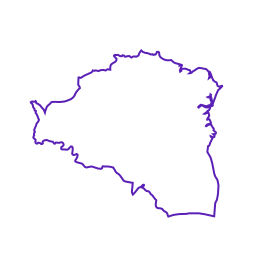 Mitsinjo, Boeny, Madagascar (Albers equal-area conic projection), rotated 100°
{"feature_id": "10022922B34339999190032", "entity_name": "Mitsinjo", "entity_type": "district", "adm_level": 2, "iso_a3": "MDG", "parent_name": "Madagascar", "parent_adm1": "Boeny", "projection": "albers", "projection_center": [45.923, -16.15], "detail": "fine", "context": "isolated", "style": "outline", "palette": "violet", "viewbox_px": 256, "rotation_deg": 100, "n_neighbors": 0, "source": "geoboundaries", "source_scale": "gbopen_adm2", "svg_char_len": 5685}
<svg xmlns="http://www.w3.org/2000/svg" viewBox="0 0 256 256"><g transform="rotate(100 128 128)"><path d="M119.4,228.2L120.0,228.0L120.5,226.9L121.8,225.8L123.8,225.1L124.3,224.7L125.1,223.6L126.9,223.0L127.1,222.7L127.2,221.7L128.9,221.6L129.4,221.5L130.2,220.3L131.1,219.9L131.9,219.2L134.0,218.1L135.1,217.2L136.0,217.2L137.5,217.6L139.2,218.7L141.4,219.0L146.4,220.1L148.0,219.0L148.7,219.2L149.3,219.6L151.3,219.4L151.7,219.1L152.7,219.5L153.4,219.6L154.1,219.4L154.4,219.0L155.7,216.9L156.9,216.8L157.5,216.9L158.7,216.4L159.0,216.1L159.2,215.2L159.0,214.5L158.1,214.0L158.0,213.4L158.1,212.1L158.8,210.8L158.8,210.3L158.6,209.9L158.4,209.5L157.8,209.2L156.8,209.7L156.0,209.5L155.1,208.8L154.2,207.0L154.0,206.2L153.9,205.8L154.3,204.4L154.6,202.3L154.6,199.6L156.1,198.1L156.2,197.5L155.9,197.0L155.2,196.8L154.8,196.4L154.6,193.3L153.7,191.5L153.6,190.5L153.7,190.1L154.1,189.4L155.2,188.6L156.1,188.5L156.8,188.8L158.2,190.1L158.7,190.4L160.2,190.1L160.6,189.1L160.1,186.9L160.1,185.6L159.9,184.0L159.1,183.0L157.1,181.8L156.2,181.1L156.0,180.8L156.0,180.1L156.6,179.3L158.0,178.8L161.6,178.5L162.6,178.6L163.2,178.4L163.5,178.1L163.9,177.6L164.0,176.6L163.5,175.5L162.5,174.0L162.8,173.4L163.1,173.0L163.6,172.9L165.7,173.0L167.8,173.7L168.6,174.1L169.3,174.3L169.9,174.2L170.2,173.8L170.6,172.5L171.1,167.0L171.4,166.5L173.5,164.1L174.0,162.9L174.1,162.1L172.8,158.8L172.2,157.0L173.1,150.3L172.9,148.4L173.0,147.8L172.2,146.6L170.8,146.5L170.1,146.2L170.0,144.2L169.6,142.6L169.3,139.8L169.3,137.8L169.5,135.6L170.3,135.1L170.8,134.5L172.0,133.4L172.6,133.1L173.7,131.9L174.5,130.8L174.6,130.2L175.2,128.9L176.7,127.0L180.6,123.2L181.0,122.4L181.2,119.3L181.2,113.8L190.0,113.1L191.7,112.4L192.7,111.6L189.9,109.8L185.4,107.4L184.4,106.2L183.9,105.3L183.3,104.7L181.5,103.5L181.2,103.0L181.2,102.5L181.4,102.3L182.0,102.4L183.5,103.5L184.2,103.7L184.4,103.6L184.5,102.6L184.6,102.2L186.1,100.2L186.8,98.9L186.8,96.8L187.2,96.0L187.7,95.3L189.1,94.2L190.1,92.3L191.5,90.9L193.3,88.9L194.2,87.6L197.8,87.5L199.8,87.1L200.8,86.5L201.4,85.7L201.7,84.5L201.5,82.3L201.6,81.3L201.8,80.2L202.7,79.3L203.7,77.7L203.9,76.8L204.8,75.0L205.7,74.3L206.9,73.8L208.2,72.9L206.4,69.5L205.3,67.0L203.9,62.7L202.4,55.4L201.6,53.6L200.9,50.3L200.4,47.0L200.1,45.8L199.7,43.1L199.6,37.7L200.0,27.8L187.5,29.0L186.4,29.0L183.4,28.0L179.0,27.9L176.8,28.0L168.8,28.9L164.3,30.6L162.9,31.5L160.9,33.4L158.3,35.0L147.7,39.1L142.6,41.6L137.8,45.7L132.0,46.0L131.6,45.3L131.1,44.9L128.1,44.4L123.2,43.0L122.5,44.4L122.0,45.1L121.7,45.2L122.3,43.0L122.3,42.3L121.9,41.6L121.5,41.4L120.4,41.4L119.3,43.0L118.9,41.6L118.5,40.8L117.9,40.6L117.0,40.7L115.4,43.4L114.1,43.3L113.7,43.5L112.7,44.7L110.5,46.5L110.4,47.1L110.6,48.8L111.1,49.7L112.7,51.2L112.7,51.4L112.6,51.6L111.9,51.4L110.8,50.6L110.3,49.8L109.6,48.1L109.1,47.4L108.7,47.1L105.8,48.9L105.3,49.4L105.2,49.7L105.3,50.1L106.0,51.2L106.1,51.4L106.0,51.5L104.7,51.3L102.0,50.1L100.1,50.8L99.1,51.4L98.8,51.7L99.4,52.6L99.4,52.9L100.4,54.2L100.7,54.8L100.7,55.2L97.7,52.3L97.2,52.5L96.5,51.4L95.2,50.9L93.6,50.6L92.7,50.7L93.6,52.2L94.0,53.6L94.2,54.6L94.1,55.6L93.2,57.9L93.0,59.2L93.2,59.8L93.6,60.3L95.6,61.9L95.2,62.5L93.3,61.2L92.4,60.1L93.0,54.8L92.7,54.0L91.8,52.7L91.2,51.3L90.4,50.7L89.2,50.2L88.4,50.1L87.2,50.7L85.5,51.8L85.2,51.6L83.5,52.5L83.4,52.8L84.0,54.4L83.8,54.9L82.8,53.2L83.1,52.0L81.6,52.5L80.6,52.6L80.9,52.0L81.8,52.1L82.3,52.0L84.2,51.0L88.2,49.4L89.9,49.6L91.8,50.1L92.0,49.8L91.5,48.6L90.9,48.4L90.1,48.7L89.5,48.7L85.5,48.0L83.2,47.5L80.2,47.1L75.1,45.8L73.1,44.2L71.1,42.9L70.6,42.5L70.3,42.6L70.1,42.8L71.4,45.3L71.3,46.4L71.0,47.0L69.6,47.9L68.0,48.5L67.7,48.9L67.2,50.7L66.2,52.4L65.5,52.7L64.4,53.6L59.9,56.2L58.4,57.4L58.5,57.6L58.8,57.5L59.5,57.0L62.7,55.5L63.2,55.5L64.1,56.1L64.9,56.9L63.2,56.8L63.2,56.4L63.0,56.2L61.1,57.5L59.2,57.8L57.7,59.4L56.6,61.0L56.4,61.6L56.4,65.0L56.3,65.9L56.4,66.5L56.4,68.1L56.7,69.0L58.3,71.1L59.5,72.1L60.7,73.7L62.6,75.1L63.3,76.4L63.4,76.9L62.2,75.9L60.3,77.2L60.3,78.9L59.9,80.2L59.7,81.6L59.7,82.4L60.4,85.2L60.7,85.6L61.1,85.7L62.4,85.4L63.4,86.4L62.2,86.9L58.0,86.1L56.9,85.7L56.6,85.9L56.4,86.8L57.5,88.1L56.3,88.2L56.1,89.1L56.1,90.5L55.9,92.5L55.5,94.1L53.6,97.3L54.1,98.9L54.5,101.4L54.5,102.7L54.2,104.7L53.3,107.1L52.5,108.4L51.9,109.0L50.7,109.8L48.3,110.5L47.9,111.0L47.8,111.5L47.9,112.4L48.2,112.8L49.5,113.0L50.8,113.6L51.1,114.2L51.0,114.8L51.6,115.7L51.6,116.0L51.1,116.7L51.7,118.5L51.2,119.5L51.2,120.2L50.9,121.8L51.0,124.2L50.7,125.6L50.6,126.5L49.3,128.4L50.9,129.3L52.9,130.0L54.2,130.1L55.0,130.5L55.7,131.3L56.4,132.4L56.3,133.4L56.6,135.0L57.2,136.0L57.9,136.7L58.0,137.0L57.7,137.8L57.1,138.6L56.9,139.3L57.4,141.1L58.2,142.7L58.2,143.8L57.5,144.3L57.3,145.3L57.4,146.1L58.3,146.4L58.5,147.4L58.5,148.8L57.9,149.9L57.8,150.6L58.3,152.8L58.3,153.6L59.0,154.3L59.7,154.2L61.7,151.5L62.1,151.2L62.9,151.2L63.9,151.4L64.9,152.0L65.7,152.8L66.7,154.1L68.0,155.3L68.6,155.7L69.6,156.0L71.7,156.0L73.7,155.6L73.7,158.3L75.3,160.2L75.1,161.3L75.1,162.2L75.8,165.1L77.1,166.9L76.9,168.4L77.0,170.2L77.5,170.9L77.4,172.6L78.7,173.0L79.8,173.9L83.7,179.7L84.7,180.9L86.8,183.1L86.9,184.0L86.6,184.8L86.9,185.5L93.7,184.6L94.7,184.0L95.6,183.0L97.0,182.3L98.0,183.1L101.4,185.1L103.9,186.0L104.9,186.1L106.3,186.7L107.5,187.4L109.4,189.1L111.2,191.9L112.5,194.2L113.3,196.1L113.4,197.2L113.9,198.1L114.6,201.7L114.9,204.4L115.5,207.0L115.8,207.9L117.4,208.8L120.1,211.0L121.4,211.7L123.8,212.0L125.1,212.4L127.2,212.5L124.6,214.1L122.9,216.3L120.9,218.6L119.8,221.0L119.6,222.2L119.2,222.8L117.7,223.4L117.6,223.7L118.2,223.9L118.2,224.4L118.5,225.1L118.4,226.2L118.6,227.1L118.9,227.7L119.4,228.2Z" fill="none" stroke="#5b21b6" stroke-width="2"/></g></svg>